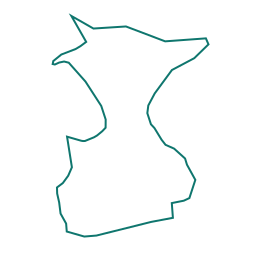 outline of Trbovlje, rotated 2°
{"feature_id": "SVN-952", "entity_name": "Trbovlje", "entity_type": "Statistical Region", "adm_level": 1, "iso_a3": "SVN", "parent_name": "Slovenia", "parent_adm1": "", "projection": "robinson", "projection_center": [15.039, 46.126], "detail": "fine", "context": "isolated", "style": "outline", "palette": "teal", "viewbox_px": 256, "rotation_deg": 2, "n_neighbors": 0, "source": "natural_earth", "source_scale": "10m", "svg_char_len": 799}
<svg xmlns="http://www.w3.org/2000/svg" viewBox="0 0 256 256"><g transform="rotate(2 128 128)"><path d="M197.1,177.5L191.8,195.9L186.3,198.7L174.4,201.5L176.0,216.2L154.6,221.0L100.2,236.6L88.1,238.0L70.4,233.6L69.5,225.7L63.6,215.9L61.8,204.8L59.5,196.0L59.1,189.9L64.8,185.3L69.9,177.8L73.3,169.2L67.4,138.8L81.8,142.4L83.5,142.6L85.4,142.5L94.3,138.5L97.3,136.6L102.4,132.1L105.6,128.5L105.4,120.3L100.5,106.9L83.9,83.1L66.5,64.8L61.8,63.8L56.9,65.0L52.7,67.1L50.5,66.7L51.0,63.7L58.8,56.9L72.9,50.9L77.7,47.8L83.2,43.4L67.5,18.0L90.0,29.8L122.4,26.6L162.1,40.1L202.7,35.7L205.5,41.6L191.8,55.9L169.9,68.5L153.5,92.5L147.5,104.8L146.8,112.5L150.8,123.5L154.4,127.1L162.0,138.6L166.1,143.5L174.8,147.0L186.1,156.5L188.2,162.6L197.1,177.5Z" fill="none" stroke="#0f766e" stroke-width="2"/></g></svg>